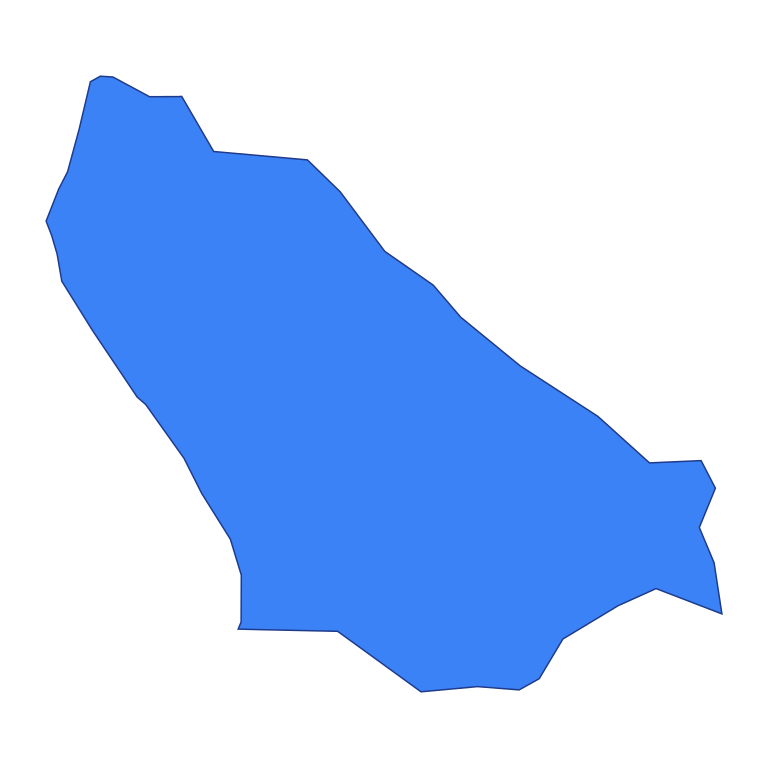 Shavat, Khorezm, Uzbekistan (Equal Earth projection)
{"feature_id": "79887680B59227978445029", "entity_name": "Shavat", "entity_type": "district", "adm_level": 2, "iso_a3": "UZB", "parent_name": "Uzbekistan", "parent_adm1": "Khorezm", "projection": "equal_earth", "projection_center": [60.207, 41.687], "detail": "fine", "context": "isolated", "style": "filled", "palette": "blue", "viewbox_px": 768, "rotation_deg": 0, "n_neighbors": 0, "source": "geoboundaries", "source_scale": "gbopen_adm2", "svg_char_len": 680}
<svg xmlns="http://www.w3.org/2000/svg" viewBox="0 0 768 768"><path d="M181.7,96.4L178.3,96.6L149.5,96.7L112.9,77.0L100.3,76.2L90.4,81.7L79.2,129.0L67.6,171.7L58.7,189.1L46.1,221.1L51.6,235.3L57.1,254.0L61.8,281.2L92.7,330.8L137.2,397.1L145.7,404.5L184.0,458.3L201.8,493.6L226.1,532.4L230.4,539.3L241.3,575.1L241.1,622.0L238.2,629.1L262.6,629.7L337.6,631.3L421.0,691.8L477.5,686.6L519.1,689.9L539.2,678.7L562.9,639.0L618.1,605.7L656.0,588.6L721.9,613.9L714.1,562.8L699.3,527.5L715.4,488.2L701.1,460.6L649.5,462.9L597.9,416.4L520.2,365.9L460.7,317.2L433.2,285.1L384.8,251.4L340.2,191.8L307.4,159.9L213.7,151.5L181.7,96.4Z" fill="#3b82f6" stroke="#1e3a8a" stroke-width="1.5"/></svg>